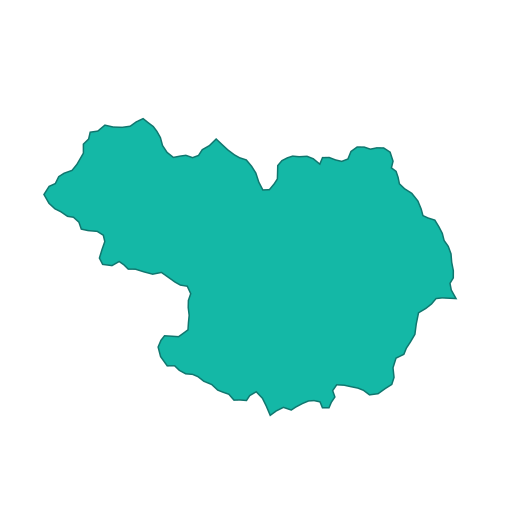 the district of Serranos, Minas Gerais, Brazil, rotated 345°
{"feature_id": "56859067B45065614080089", "entity_name": "Serranos", "entity_type": "district", "adm_level": 2, "iso_a3": "BRA", "parent_name": "Brazil", "parent_adm1": "Minas Gerais", "projection": "robinson", "projection_center": [-44.543, -21.828], "detail": "fine", "context": "isolated", "style": "filled", "palette": "teal", "viewbox_px": 512, "rotation_deg": 345, "n_neighbors": 0, "source": "geoboundaries", "source_scale": "gbopen_adm2", "svg_char_len": 2357}
<svg xmlns="http://www.w3.org/2000/svg" viewBox="0 0 512 512"><g transform="rotate(345 256 256)"><path d="M228.5,413.6L235.4,410.9L243.3,409.3L250.2,413.9L255.3,412.2L262.7,410.5L269.3,409.6L274.7,410.7L280.1,413.5L280.9,419.8L287.2,421.5L290.9,416.8L295.7,412.6L295.2,405.9L300.6,401.3L307.7,403.6L313.7,406.7L320.3,410.0L325.1,413.6L329.7,419.5L338.3,420.6L346.5,417.5L353.9,415.2L357.9,409.0L359.4,399.4L364.8,390.9L373.4,389.2L377.4,383.9L383.0,378.9L389.2,372.8L393.2,363.1L398.3,352.9L406.7,350.5L413.2,347.7L418.9,343.7L424.9,344.6L431.1,346.6L438.2,348.9L435.8,339.4L436.3,332.6L440.9,328.2L442.8,321.3L443.4,312.7L444.9,304.4L444.2,296.5L441.7,289.7L441.8,282.3L440.2,275.1L438.0,267.6L432.0,263.8L427.7,260.2L427.7,253.4L426.6,244.8L422.7,235.8L416.9,229.5L413.2,223.4L413.6,216.8L413.2,210.5L409.6,205.9L412.9,199.9L412.4,190.4L407.3,184.7L400.7,182.8L394.1,182.4L388.7,178.8L381.9,176.9L374.8,179.6L369.9,186.1L363.3,186.8L357.7,183.8L352.2,179.8L345.7,178.2L341.4,183.8L336.5,176.9L331.1,172.9L323.4,171.3L317.2,169.0L311.7,169.3L305.7,170.6L300.4,174.3L298.4,181.1L296.6,187.1L292.3,191.0L286.1,195.4L279.7,194.0L277.8,185.3L277.3,175.8L275.0,168.3L271.5,160.7L265.5,156.8L261.3,152.7L256.2,146.2L251.8,139.2L247.8,132.7L239.6,137.3L231.6,139.4L226.5,144.0L220.2,144.6L214.3,140.6L208.7,139.9L201.7,139.4L196.9,132.9L194.3,125.1L194.3,116.9L192.5,109.9L190.3,104.4L186.1,99.0L182.5,94.1L175.2,95.4L168.1,98.1L160.1,97.1L151.5,94.5L143.9,90.5L135.5,94.4L127.9,93.5L124.6,99.7L118.2,103.3L115.9,112.0L110.8,117.1L106.8,121.1L100.5,125.7L92.0,126.4L86.0,128.3L80.9,134.1L74.2,135.2L67.1,141.7L69.7,151.6L74.0,158.4L78.8,162.6L84.2,168.9L89.7,171.3L93.7,177.5L94.2,184.8L100.4,188.0L109.0,191.1L113.9,196.4L113.7,202.9L108.8,210.1L104.2,217.5L105.7,224.4L114.4,228.0L122.4,225.9L126.1,230.3L129.2,235.6L136.1,237.5L143.8,242.4L151.5,246.8L160.4,247.4L166.0,254.1L171.0,260.2L175.4,264.5L181.8,267.4L183.2,275.5L179.2,281.4L177.2,288.2L176.1,296.0L173.5,302.9L171.2,309.7L165.4,312.0L160.3,313.9L153.6,311.6L147.0,309.4L142.4,312.8L137.9,318.6L137.8,328.5L141.8,339.1L149.0,341.0L152.4,346.7L157.6,351.6L164.1,353.9L168.7,357.5L173.2,363.5L180.0,368.7L184.3,375.6L188.7,378.9L194.0,382.5L197.4,389.5L203.2,390.9L209.4,393.1L213.8,389.2L221.1,387.2L225.4,395.1L227.1,403.6L228.5,413.6Z" fill="#14b8a6" stroke="#0f766e" stroke-width="1.5"/></g></svg>